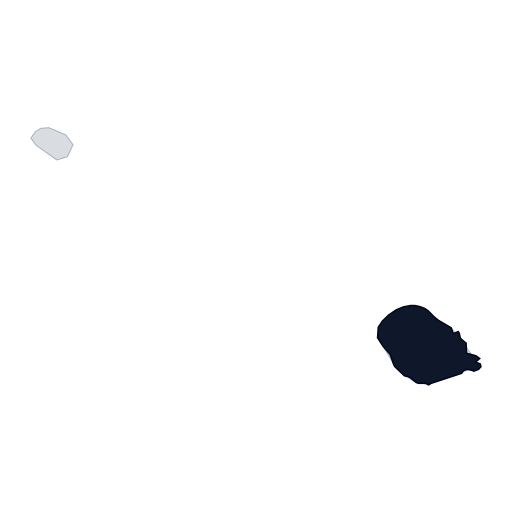 São Tomé highlighted on a map of São Tomé and Principe, rotated 269°
{"feature_id": "STP-4861", "entity_name": "São Tomé", "entity_type": "state/province", "adm_level": 1, "iso_a3": "STP", "parent_name": "São Tomé and Principe", "parent_adm1": "", "projection": "mercator", "projection_center": [6.595, 0.217], "detail": "fine", "context": "in_parent", "style": "filled", "palette": "ink", "viewbox_px": 512, "rotation_deg": 269, "n_neighbors": 0, "source": "natural_earth", "source_scale": "10m", "svg_char_len": 1136}
<svg xmlns="http://www.w3.org/2000/svg" viewBox="0 0 512 512"><g transform="rotate(269 256 256)"><path d="M176.9,453.3L149.5,472.8L139.6,467.8L133.5,454.2L125.8,424.9L128.3,410.9L140.8,394.8L167.8,378.9L184.1,377.8L200.8,398.7L200.9,420.6L176.9,453.3ZM380.3,68.0L370.4,75.0L358.6,69.1L355.5,58.5L370.6,38.0L377.8,33.0L383.8,37.3L387.4,42.9L387.9,51.1L380.3,68.0Z" fill="#d9dde1" stroke="#a8b0b8" stroke-width="1"/><path d="M182.6,377.0L188.6,381.1L194.8,387.7L199.8,395.4L202.6,402.7L203.8,409.8L203.7,414.0L202.6,418.9L200.5,424.0L198.2,427.2L191.7,433.4L188.4,437.4L180.8,449.9L179.2,450.6L176.7,451.1L175.1,452.3L176.9,456.9L175.0,458.0L172.0,458.5L169.9,459.2L165.8,463.8L165.3,464.6L156.4,464.8L155.2,464.6L152.4,474.2L149.6,477.9L146.1,473.7L144.2,478.4L141.4,479.0L138.7,476.5L137.0,471.7L137.4,471.4L138.7,466.8L138.8,464.6L138.0,461.9L136.9,460.8L135.8,460.2L135.0,459.2L125.6,428.9L124.1,426.3L125.4,423.9L125.8,421.6L125.9,416.2L126.6,414.1L131.7,408.0L132.8,405.6L133.1,403.9L133.7,402.2L143.1,392.7L145.2,391.7L155.2,388.4L163.5,381.5L172.1,376.1L182.6,377.0Z" fill="#0f172a" stroke="#020617" stroke-width="1.5"/></g></svg>